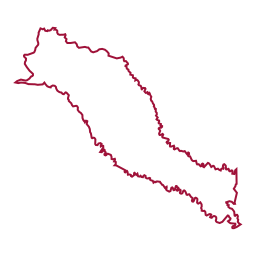 outline of Sochiapa, Veracruz, Mexico
{"feature_id": "50627088B39448172692324", "entity_name": "Sochiapa", "entity_type": "district", "adm_level": 2, "iso_a3": "MEX", "parent_name": "Mexico", "parent_adm1": "Veracruz", "projection": "albers", "projection_center": [-96.916, 19.171], "detail": "fine", "context": "isolated", "style": "outline", "palette": "rose", "viewbox_px": 256, "rotation_deg": 0, "n_neighbors": 0, "source": "geoboundaries", "source_scale": "gbopen_adm2", "svg_char_len": 5848}
<svg xmlns="http://www.w3.org/2000/svg" viewBox="0 0 256 256"><path d="M122.5,56.7L120.6,57.6L116.8,58.4L108.5,55.7L108.7,53.4L106.9,51.3L104.9,49.7L102.2,48.9L99.3,49.3L97.1,51.1L93.2,52.3L91.2,51.5L88.3,47.5L87.0,47.5L84.9,46.9L78.9,47.8L77.3,46.4L76.7,44.2L75.0,42.3L70.6,43.0L67.3,43.0L65.9,41.2L66.5,39.1L64.7,37.4L65.6,35.1L65.2,34.2L63.6,34.7L59.5,34.8L58.0,34.1L57.2,32.6L57.3,30.9L56.9,30.3L55.6,29.6L54.5,29.6L55.3,28.1L52.8,27.8L50.6,30.2L48.9,30.7L47.8,30.3L47.3,31.1L45.3,30.8L44.1,28.6L42.8,29.3L40.5,28.4L38.6,32.7L38.7,34.2L37.3,38.8L37.4,40.2L38.3,43.1L38.2,44.7L35.6,47.8L35.1,50.3L34.3,52.1L33.6,52.7L27.7,54.8L24.8,54.7L24.0,55.4L24.1,56.6L26.0,58.5L25.9,60.5L25.0,62.0L24.8,63.9L26.8,67.1L29.6,70.8L32.9,73.8L33.0,75.2L32.4,76.0L31.1,76.5L29.4,78.6L27.1,80.2L25.7,80.6L20.9,79.6L17.1,81.1L15.4,82.5L18.3,83.1L20.8,82.6L23.1,82.7L25.4,83.0L28.4,84.1L34.9,84.3L37.7,84.8L42.7,84.4L44.4,82.6L45.3,84.0L47.3,86.3L49.2,87.1L50.7,87.4L51.1,86.4L52.8,85.5L54.7,85.8L55.9,86.9L56.2,88.5L57.3,90.6L58.9,91.8L60.3,92.4L61.4,92.5L62.6,93.9L63.8,94.2L65.5,92.4L66.4,92.6L68.8,95.2L68.0,98.0L68.0,99.0L68.7,99.7L68.8,101.0L71.3,103.3L72.0,105.1L73.1,106.4L76.2,105.8L77.1,106.2L77.9,107.5L77.7,109.8L79.0,111.7L80.9,113.0L82.4,115.0L82.5,118.0L83.2,119.9L83.9,120.9L84.6,120.8L84.5,121.5L84.9,122.3L85.6,121.3L86.7,120.8L87.3,121.2L86.7,124.1L88.9,126.8L89.8,129.1L90.1,132.1L90.9,133.4L91.7,137.8L92.2,138.2L93.4,137.7L94.4,137.9L95.4,139.3L95.2,144.0L95.9,145.0L97.5,145.1L98.5,143.5L100.4,143.1L101.5,143.8L100.7,145.7L100.8,146.4L102.3,145.5L103.2,145.9L103.3,147.4L100.2,152.0L101.6,152.2L102.5,151.6L104.2,149.6L104.6,149.9L104.9,151.6L105.7,152.3L105.3,153.3L104.4,154.2L104.6,155.0L105.5,155.4L106.4,155.0L107.1,153.9L107.8,153.7L110.8,154.9L111.5,156.7L111.6,159.0L112.9,159.3L114.8,158.8L115.0,159.4L114.1,161.4L115.3,161.5L115.8,162.0L115.7,164.2L114.7,165.3L116.2,165.4L125.4,170.3L124.6,171.5L124.8,172.2L125.4,172.4L126.3,171.5L127.1,171.1L127.6,172.1L127.9,174.7L129.8,174.5L130.9,175.0L131.0,176.1L132.0,176.7L134.0,175.2L134.1,173.1L134.6,172.8L136.2,174.9L137.4,173.7L138.1,176.3L139.8,176.6L140.6,175.8L141.6,177.0L142.9,177.2L143.5,175.8L144.4,175.2L145.6,176.0L145.6,177.6L146.9,178.4L148.1,178.5L149.2,177.9L150.1,178.2L150.1,179.7L151.2,180.4L152.8,180.8L153.5,182.7L154.9,181.7L155.7,182.2L156.9,181.4L160.0,181.8L160.5,182.9L161.1,183.3L162.1,184.8L163.1,185.1L164.9,187.8L166.6,186.8L166.7,187.9L166.0,189.1L166.6,190.2L169.2,191.6L170.4,191.1L171.4,187.8L172.2,187.4L172.9,188.1L173.3,189.7L173.8,190.2L174.4,190.0L174.7,189.7L175.9,186.1L176.6,186.0L177.5,187.7L178.3,187.7L178.7,188.5L176.7,189.8L176.7,190.4L177.5,190.7L179.1,189.8L180.4,189.8L180.7,191.0L179.9,192.2L180.1,193.2L181.1,193.7L182.3,193.3L183.4,190.8L184.1,190.4L184.8,190.8L185.6,192.0L186.6,194.7L187.4,194.9L188.3,194.4L189.3,194.3L190.9,196.8L192.6,198.1L191.9,200.7L192.2,201.4L193.0,201.7L193.7,201.1L195.0,198.0L195.7,197.7L196.7,198.2L197.4,199.1L197.1,202.6L197.7,203.4L198.4,203.6L200.3,202.3L201.6,204.4L201.7,206.5L201.1,208.0L201.7,209.2L201.7,210.7L203.1,211.0L204.4,210.8L205.3,211.8L205.7,214.9L206.7,215.5L209.4,214.1L210.6,214.2L211.2,214.6L210.1,217.2L210.8,217.6L211.7,217.8L212.7,216.6L214.0,216.0L215.5,216.5L216.2,217.3L216.3,218.9L215.8,220.4L216.1,221.4L216.9,222.1L219.7,223.0L222.4,221.8L227.7,215.5L228.5,215.7L229.3,217.3L230.5,218.4L230.2,219.7L228.0,221.2L228.8,222.1L230.4,223.2L235.3,223.7L235.4,224.7L234.8,225.7L233.0,226.1L232.2,227.1L232.5,228.1L233.9,228.2L236.7,227.0L240.6,224.4L239.0,223.4L237.8,221.8L238.2,219.7L237.4,218.4L237.9,216.2L237.2,214.9L236.2,214.9L235.1,215.9L234.6,215.6L234.2,211.7L233.4,210.5L232.0,208.8L229.9,208.2L228.3,206.8L228.7,205.2L227.4,205.0L227.5,203.3L226.4,203.0L226.2,202.3L229.4,201.2L231.8,201.8L233.8,203.9L235.0,203.8L234.6,202.5L236.9,192.8L233.8,188.8L235.4,186.2L235.8,184.4L236.6,183.9L236.4,169.2L235.2,170.3L234.3,174.0L232.3,173.7L232.6,171.3L232.3,170.6L231.3,170.4L230.6,171.2L229.7,171.3L229.1,170.8L228.8,169.2L228.3,168.8L226.9,169.5L226.1,169.3L225.7,165.6L224.3,164.2L223.5,164.5L223.0,165.6L222.9,166.6L223.7,168.1L223.4,168.8L221.9,168.5L221.2,169.0L220.7,170.5L219.3,169.9L217.9,168.7L215.5,169.3L214.0,166.2L213.1,165.8L211.3,167.0L209.8,164.4L208.7,163.2L207.9,162.9L204.0,167.2L202.9,166.5L203.5,164.4L203.1,163.8L202.5,163.6L201.7,164.2L201.3,166.1L200.6,166.3L198.7,164.2L197.2,164.4L196.8,163.9L196.0,160.8L193.5,161.1L192.6,160.8L191.7,159.9L190.1,156.4L188.6,156.3L188.1,155.8L188.1,155.0L189.1,154.2L188.9,152.9L188.2,152.5L186.9,154.0L184.7,151.1L183.3,151.5L181.0,150.8L180.0,151.1L179.4,150.7L177.7,148.2L176.4,148.4L174.5,149.4L173.9,149.1L173.8,148.5L174.3,146.7L173.9,145.7L171.1,146.6L170.1,146.5L169.9,146.0L170.1,143.0L169.3,142.9L167.5,143.6L166.6,142.3L166.9,141.7L168.3,140.9L168.7,139.6L168.2,139.0L162.6,137.5L162.2,136.8L163.2,134.6L162.6,133.9L160.7,134.9L159.7,135.0L159.3,134.6L159.1,133.5L160.2,130.9L159.9,130.1L158.8,129.1L158.7,128.4L159.2,127.9L161.1,127.7L162.1,126.8L162.1,126.1L160.6,126.0L160.4,125.6L160.9,124.7L160.9,124.0L158.9,123.4L158.6,122.9L159.2,121.3L159.1,120.6L157.3,120.0L156.5,119.3L157.7,117.5L156.0,115.6L156.8,114.4L156.7,112.8L155.7,111.6L155.8,109.0L154.9,108.9L154.6,107.4L153.8,106.5L154.1,105.5L153.9,104.6L153.0,103.6L152.1,101.3L151.2,100.7L150.7,98.9L151.3,96.8L150.2,95.0L149.7,93.3L149.2,92.8L148.3,94.1L147.7,93.7L147.3,92.2L145.8,92.9L145.1,92.2L144.4,91.3L145.5,88.9L145.1,88.1L143.2,87.9L141.9,89.3L141.5,88.9L141.5,87.7L140.7,85.8L138.9,85.2L138.4,84.5L138.8,83.5L138.9,82.2L137.8,80.5L136.7,79.7L135.3,80.4L135.5,78.3L133.6,78.0L132.9,77.5L132.9,75.3L130.3,74.6L130.5,72.7L128.8,71.3L128.4,70.6L128.4,69.6L126.8,68.6L126.5,66.5L125.5,66.2L125.6,65.5L127.9,64.3L127.9,63.4L125.9,61.1L124.3,61.2L123.9,60.5L123.7,58.2L122.5,56.7Z" fill="none" stroke="#9f1239" stroke-width="2"/></svg>